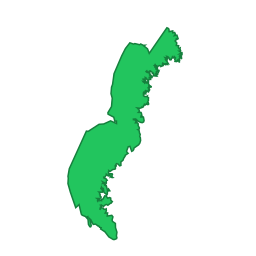 Kariba Urban, Mashonaland West, Zimbabwe (Albers equal-area conic projection), rotated 295°
{"feature_id": "62879985B80856032780976", "entity_name": "Kariba Urban", "entity_type": "district", "adm_level": 2, "iso_a3": "ZWE", "parent_name": "Zimbabwe", "parent_adm1": "Mashonaland West", "projection": "albers", "projection_center": [28.813, -16.528], "detail": "fine", "context": "isolated", "style": "filled", "palette": "green", "viewbox_px": 256, "rotation_deg": 295, "n_neighbors": 0, "source": "geoboundaries", "source_scale": "gbopen_adm2", "svg_char_len": 5981}
<svg xmlns="http://www.w3.org/2000/svg" viewBox="0 0 256 256"><g transform="rotate(295 128 128)"><path d="M66.3,92.0L58.9,94.0L57.2,95.1L52.2,97.1L45.5,102.9L33.7,114.3L37.9,116.0L30.2,122.1L29.6,123.3L29.8,126.8L29.2,128.2L29.5,128.0L30.7,129.0L23.9,132.9L22.4,135.1L22.6,135.9L23.9,136.0L29.5,131.8L29.1,133.1L25.9,137.2L27.2,139.2L26.5,142.3L26.9,142.8L26.0,144.2L26.3,145.8L24.9,145.9L24.2,150.9L21.2,156.7L20.7,161.8L21.3,163.0L22.9,164.4L23.9,164.3L25.3,163.1L28.9,162.0L32.4,158.8L36.2,156.9L36.8,153.5L37.8,152.5L41.1,151.9L42.0,150.2L39.4,146.4L42.4,145.4L41.3,143.3L43.7,143.4L45.5,142.4L44.7,141.8L44.2,140.5L44.8,139.6L44.5,137.2L42.6,137.2L42.6,136.9L44.6,136.5L46.3,136.8L46.5,135.8L47.0,136.4L46.2,137.4L46.8,137.8L46.5,138.9L48.9,140.0L49.6,140.8L49.5,142.4L52.7,144.1L52.8,144.5L54.7,144.9L55.2,143.0L57.2,141.9L57.2,140.7L55.8,139.2L57.2,136.9L56.7,135.6L52.9,135.3L52.3,134.3L51.1,134.7L51.2,134.1L50.3,133.3L51.0,132.9L50.5,131.7L48.8,131.6L49.1,131.1L50.7,131.0L51.0,129.6L52.3,132.4L53.5,133.0L54.2,132.7L54.6,131.3L55.7,131.1L56.2,130.0L57.3,130.0L57.7,128.8L58.9,131.8L60.1,131.8L61.6,131.0L61.2,130.4L62.1,130.3L61.4,128.3L62.1,129.4L63.2,129.0L62.6,129.9L62.8,131.2L59.5,133.4L58.5,137.1L59.4,137.2L62.1,136.0L63.4,138.0L64.6,136.0L63.0,135.6L66.7,132.6L66.3,132.2L67.0,131.5L66.4,130.9L67.3,130.2L67.5,128.9L67.1,128.4L68.1,128.6L68.5,127.9L68.5,131.4L68.8,131.7L70.6,130.8L71.3,130.7L71.8,131.2L72.6,129.9L72.5,127.3L73.2,126.8L73.9,127.9L75.8,128.0L76.1,128.4L76.9,128.0L76.2,130.3L77.5,130.4L77.3,131.0L77.8,131.4L76.0,132.5L76.5,132.7L76.3,134.5L76.7,135.1L76.8,134.5L77.9,133.6L79.5,133.5L79.8,133.0L78.9,130.8L78.3,130.3L78.7,129.4L79.7,129.1L79.4,128.5L80.4,129.2L81.3,128.6L81.2,130.2L83.9,131.7L85.2,133.6L85.8,133.8L87.7,132.9L88.5,133.4L88.9,133.2L88.6,132.4L90.8,132.6L91.1,134.1L90.2,136.5L91.1,137.4L94.2,135.9L96.6,137.1L98.8,136.9L101.1,137.3L102.0,137.0L105.1,138.8L105.6,137.3L106.5,136.5L111.1,136.1L112.2,137.5L108.4,141.2L109.4,142.0L110.8,142.3L112.4,141.9L117.2,144.7L119.3,145.1L122.0,144.7L124.6,143.2L125.1,142.3L127.6,141.7L127.9,140.9L130.7,138.9L130.7,137.7L131.6,138.5L132.9,138.3L134.6,136.0L136.0,135.6L136.8,133.8L136.2,133.4L135.8,132.5L136.5,132.5L136.7,133.3L137.7,132.8L138.3,130.3L137.8,129.4L138.3,129.1L139.0,130.3L138.4,130.9L139.4,131.3L138.4,134.3L138.4,136.9L138.8,138.6L140.1,139.6L141.6,139.4L144.4,137.4L144.6,135.7L143.9,136.2L143.5,135.3L143.9,135.4L143.8,134.9L144.6,134.7L145.5,135.1L147.2,133.8L147.6,133.2L146.6,130.9L147.8,131.4L149.8,129.8L149.8,129.0L149.1,128.5L149.9,128.8L150.1,128.0L150.9,130.4L152.2,131.8L152.7,131.6L153.0,132.6L153.9,133.0L154.8,132.6L155.8,133.3L157.0,132.4L156.1,133.4L156.2,134.0L158.0,134.6L157.4,134.8L157.6,136.2L158.5,136.6L159.6,135.6L159.8,134.9L162.0,134.8L162.4,134.3L164.0,133.9L164.4,132.3L165.1,132.1L164.4,131.7L163.5,129.7L163.6,129.0L164.4,128.4L163.4,128.6L164.8,127.9L164.8,128.3L165.8,128.4L165.6,126.8L166.0,127.5L166.6,127.1L167.2,127.2L166.5,129.6L167.4,129.2L167.2,129.4L168.1,129.4L168.7,127.9L169.5,128.2L169.3,131.3L169.8,131.4L170.4,130.5L171.1,130.5L170.8,131.1L171.2,131.5L172.2,131.2L173.1,130.0L172.8,129.4L173.1,129.2L175.0,131.7L175.3,131.6L175.6,130.6L174.5,128.5L175.5,129.8L176.6,127.9L178.5,127.1L177.9,125.9L176.7,126.1L176.6,125.6L177.2,124.9L175.8,124.2L176.2,123.9L176.1,122.5L176.4,122.0L176.7,124.2L177.6,124.0L176.8,123.4L176.9,122.8L177.3,123.2L178.4,123.1L178.4,123.7L179.0,123.6L179.2,122.8L178.2,121.6L178.6,121.0L179.4,122.3L180.5,123.0L181.1,122.3L181.2,122.8L179.3,126.3L180.6,126.7L180.9,126.4L181.6,128.0L182.2,127.8L182.6,127.3L182.8,125.3L183.8,128.4L184.6,128.4L184.3,127.0L184.7,126.4L185.4,126.8L185.7,126.0L184.9,125.6L185.1,125.2L185.6,125.5L186.5,124.2L186.5,124.9L187.2,124.1L186.4,121.7L186.8,120.5L187.8,120.9L186.9,122.0L187.8,123.3L188.7,123.4L188.9,123.7L188.3,123.6L188.2,124.0L189.0,125.4L188.4,127.1L188.0,127.1L188.4,127.9L187.9,128.3L186.1,128.7L185.8,128.2L187.0,131.7L187.4,130.3L188.6,132.2L189.1,132.2L189.1,129.4L189.8,131.4L191.2,129.9L192.5,131.3L192.1,131.2L191.4,132.0L192.7,132.0L192.8,130.6L193.4,130.4L193.0,129.8L193.5,129.1L193.3,128.2L194.3,128.0L194.7,128.9L194.4,129.4L195.0,129.2L194.8,127.7L195.3,127.2L194.7,126.6L195.3,126.3L195.5,127.6L195.8,127.6L195.7,125.4L196.2,125.6L195.9,125.8L196.2,126.1L196.8,126.0L196.2,127.0L196.5,127.6L195.8,128.5L197.8,130.0L198.1,131.5L197.6,131.8L199.4,133.5L200.5,133.3L200.1,132.5L200.6,132.2L200.8,132.5L201.5,132.2L201.4,134.3L201.1,134.3L201.2,134.9L201.6,134.4L202.0,134.5L202.5,135.6L202.1,135.6L202.3,137.2L203.3,136.8L203.4,137.3L204.5,135.5L205.4,135.0L205.1,134.4L205.8,133.1L206.4,133.6L207.4,131.8L207.6,132.7L206.8,134.5L208.3,134.5L208.3,134.0L209.3,132.8L209.5,133.9L208.8,135.7L207.6,136.7L207.5,137.4L208.2,138.3L209.2,137.9L210.0,138.4L211.2,138.2L210.6,139.4L210.9,139.8L212.3,139.7L211.6,141.4L210.3,141.3L209.8,141.9L210.2,141.1L209.0,142.3L208.2,142.4L208.7,144.0L209.4,144.5L209.7,144.0L210.6,144.2L210.7,144.7L209.0,147.1L210.3,145.8L210.0,146.3L210.7,146.4L212.0,145.7L212.2,145.1L213.8,145.2L213.6,146.6L214.1,146.4L214.1,146.9L215.0,146.4L214.9,145.4L215.5,145.7L214.7,145.1L214.7,144.3L215.2,144.2L215.7,144.6L215.8,145.6L216.1,145.3L217.2,146.0L218.1,145.6L217.2,145.4L217.6,144.7L217.0,143.5L218.8,144.7L219.3,142.0L219.8,143.0L220.2,143.1L221.8,141.6L222.6,141.4L221.5,140.5L222.3,139.5L224.0,139.1L223.2,136.9L225.7,136.3L226.8,133.9L228.8,134.5L229.7,133.6L229.0,134.9L230.1,135.7L232.8,133.1L231.3,131.0L233.1,131.3L234.3,129.9L233.2,128.3L234.9,127.5L232.7,124.6L234.9,123.3L235.3,122.4L235.3,120.9L204.6,115.7L208.0,112.2L209.1,107.7L210.1,108.3L209.4,106.9L209.5,104.0L208.4,103.4L207.4,98.5L206.4,97.6L206.0,93.7L199.0,92.1L190.7,91.8L171.3,92.4L161.0,95.6L158.1,95.8L151.9,98.1L148.4,101.1L140.4,104.0L133.4,103.3L132.1,104.1L131.8,110.5L128.6,113.2L129.4,114.6L127.2,115.7L127.1,109.2L121.4,104.3L119.1,100.2L108.2,93.4L107.6,91.6L66.3,92.0Z" fill="#22c55e" stroke="#15803d" stroke-width="1.5"/></g></svg>